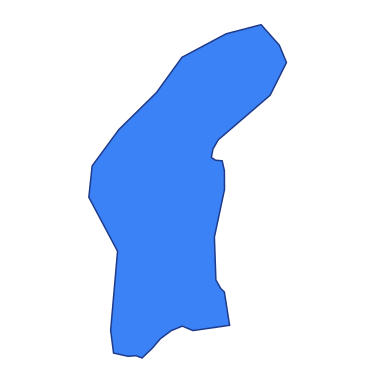 SVG path tracing the border of Šmartno in Litiji, rotated 266°
{"feature_id": "SVN-5885", "entity_name": "Šmartno in Litiji", "entity_type": "Municipality", "adm_level": 1, "iso_a3": "SVN", "parent_name": "Slovenia", "parent_adm1": "", "projection": "equal_earth", "projection_center": [14.824, 46.018], "detail": "fine", "context": "isolated", "style": "filled", "palette": "blue", "viewbox_px": 384, "rotation_deg": 266, "n_neighbors": 0, "source": "natural_earth", "source_scale": "10m", "svg_char_len": 563}
<svg xmlns="http://www.w3.org/2000/svg" viewBox="0 0 384 384"><g transform="rotate(266 192 192)"><path d="M56.4,220.2L53.7,183.3L58.9,172.9L55.1,161.5L47.9,150.3L38.9,141.4L29.9,130.6L32.6,124.7L32.6,116.6L36.8,102.5L59.7,101.2L138.1,113.6L193.9,88.7L225.0,94.2L259.4,123.4L293.8,163.6L327.1,191.4L347.5,237.2L354.1,272.6L332.4,289.3L314.6,295.3L283.1,276.7L242.2,221.8L233.4,215.9L225.1,213.7L222.1,217.6L221.0,224.3L210.9,225.8L192.2,224.6L145.5,211.2L102.6,209.7L93.6,214.0L90.0,217.3L56.4,220.2Z" fill="#3b82f6" stroke="#1e3a8a" stroke-width="1.5"/></g></svg>